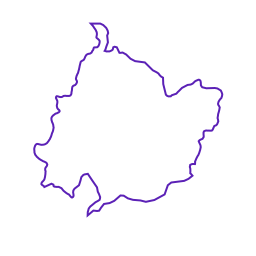 outline of Mbaïki, Lobaye, Central African Republic, rotated 104°
{"feature_id": "33826404B24481683700723", "entity_name": "Mbaïki", "entity_type": "district", "adm_level": 2, "iso_a3": "CAF", "parent_name": "Central African Republic", "parent_adm1": "Lobaye", "projection": "orthographic", "projection_center": [17.906, 4.007], "detail": "fine", "context": "isolated", "style": "outline", "palette": "violet", "viewbox_px": 256, "rotation_deg": 104, "n_neighbors": 0, "source": "geoboundaries", "source_scale": "gbopen_adm2", "svg_char_len": 5086}
<svg xmlns="http://www.w3.org/2000/svg" viewBox="0 0 256 256"><g transform="rotate(104 128 128)"><path d="M222.6,146.0L216.5,141.6L216.0,137.9L215.2,136.0L211.9,134.9L207.5,132.9L205.3,127.7L202.0,123.7L195.3,119.0L194.7,115.8L196.3,111.1L196.5,105.8L195.3,98.4L195.3,92.8L191.5,85.0L183.6,76.4L173.9,75.5L170.4,72.8L165.7,60.7L162.7,57.0L158.7,53.9L157.5,55.5L156.9,56.6L154.5,57.1L152.4,57.7L150.8,58.6L148.7,58.7L147.6,57.3L147.2,56.3L146.8,54.3L145.8,54.4L144.4,54.8L141.1,54.3L138.5,53.7L137.2,53.2L135.1,52.9L131.9,52.7L129.0,52.8L127.2,53.5L125.1,55.2L123.7,56.2L122.5,55.6L121.6,54.6L120.5,53.1L118.4,52.4L117.2,52.7L116.1,53.1L114.2,53.6L112.9,53.5L112.1,52.6L111.5,51.6L111.4,50.8L110.9,48.6L110.6,47.1L110.2,46.0L109.1,45.4L107.1,45.1L105.1,44.7L104.2,43.3L103.0,42.5L101.9,42.3L99.7,42.0L97.7,42.9L96.7,43.5L94.2,43.7L92.8,43.9L90.2,43.8L88.3,43.8L85.8,44.0L84.5,45.1L83.6,46.1L82.7,46.5L80.7,46.5L79.2,46.1L77.7,45.5L76.4,44.7L74.3,44.5L72.4,44.7L70.8,45.7L69.2,47.0L68.0,50.8L68.2,53.5L70.5,61.6L70.5,64.0L70.5,65.8L69.9,66.6L68.9,67.6L67.2,68.1L65.9,68.5L64.5,69.3L64.0,70.4L64.1,71.3L65.6,73.3L66.4,74.2L69.3,76.0L70.7,77.7L71.8,80.6L76.0,85.3L77.0,85.9L79.7,87.5L80.9,88.3L83.0,89.4L85.6,93.4L86.9,94.2L87.5,96.2L87.4,97.7L86.5,99.3L76.9,104.4L70.7,106.2L70.1,108.3L69.1,110.0L67.7,111.7L67.0,113.7L66.0,117.9L60.3,127.5L61.4,137.3L60.2,142.3L57.1,147.6L56.1,151.5L56.9,153.5L57.1,154.5L55.7,155.7L54.3,156.8L52.4,158.4L52.4,160.7L53.2,161.8L55.6,161.8L56.7,162.6L58.1,164.4L58.9,167.3L58.8,169.3L57.5,168.9L54.1,168.7L49.8,168.2L46.8,169.3L43.3,170.6L40.7,170.2L38.6,171.2L37.4,172.2L36.1,173.4L34.1,176.9L33.4,180.1L35.7,189.3L36.1,188.7L36.6,188.0L37.0,187.2L37.5,186.7L38.0,186.0L38.6,185.5L39.1,184.9L39.6,184.3L40.1,183.7L40.6,183.2L41.2,182.6L41.9,182.2L42.5,181.6L42.8,181.5L43.2,181.3L44.0,181.0L44.9,180.8L45.9,180.7L47.0,180.7L47.9,180.5L48.4,179.8L48.7,179.0L49.1,178.3L49.5,177.6L50.0,176.9L50.6,176.5L51.5,176.3L52.5,176.2L53.6,176.2L54.6,176.3L55.5,176.5L56.3,176.9L57.0,177.3L57.3,178.1L57.6,178.9L57.8,179.8L58.2,180.5L59.1,180.7L60.1,180.6L61.0,180.8L61.7,181.2L62.7,181.4L63.6,181.6L64.2,182.1L64.8,182.6L65.2,183.3L65.5,184.1L65.9,184.8L66.4,185.4L67.0,186.0L67.8,186.3L68.6,186.6L69.5,186.8L70.5,186.9L71.4,187.1L72.3,187.3L73.0,187.8L73.5,188.4L74.0,188.9L74.6,189.5L75.4,189.9L76.5,189.9L77.6,189.9L78.7,189.9L79.8,189.9L80.8,189.8L82.0,189.8L83.0,189.7L84.0,189.8L85.0,189.8L86.2,189.8L87.2,189.9L88.0,190.2L89.0,190.3L90.0,190.5L91.0,190.5L92.2,190.5L93.0,190.4L93.7,189.9L94.3,189.4L94.9,188.9L95.7,188.6L96.7,188.7L97.6,188.9L98.4,189.3L99.1,189.7L99.6,190.3L100.0,191.0L100.6,191.5L101.4,191.9L102.5,191.9L103.5,191.8L104.5,191.6L105.5,191.5L106.5,191.5L107.5,191.4L108.5,191.2L109.5,191.4L110.3,191.7L110.8,192.3L111.2,193.0L111.4,194.0L111.6,194.8L111.8,195.7L111.9,196.7L112.2,197.5L112.5,198.3L113.1,198.8L113.7,199.4L114.1,200.1L114.3,201.0L114.4,202.0L114.3,203.0L114.3,204.1L114.5,205.0L115.3,205.3L116.3,205.2L116.9,204.7L117.5,204.2L118.1,203.7L118.7,203.2L119.5,202.9L120.4,202.7L121.4,202.6L122.5,202.6L123.5,202.5L124.3,202.2L125.1,201.8L125.8,201.4L126.3,200.8L126.8,200.2L127.1,199.4L127.6,198.7L128.4,198.4L129.1,198.7L129.8,199.2L130.2,199.9L130.8,200.4L131.2,201.1L131.6,201.8L132.2,202.3L132.9,202.8L133.4,203.3L134.1,203.8L134.9,204.2L135.6,204.5L136.5,204.7L137.5,204.6L138.3,204.3L139.1,204.0L139.8,203.5L140.5,203.2L141.1,202.6L141.8,202.2L142.4,201.7L143.1,201.3L143.9,201.0L144.7,200.7L145.4,200.3L146.4,200.2L146.9,200.2L148.0,200.1L149.1,200.1L150.1,200.2L151.1,200.4L152.1,200.5L153.2,200.5L154.2,200.6L155.1,200.6L156.0,200.9L157.0,201.0L157.9,201.2L158.7,201.6L159.5,201.8L160.3,202.1L161.1,202.5L161.9,202.8L162.5,203.2L163.1,203.8L163.7,204.4L164.1,205.0L164.5,205.7L164.8,206.5L165.1,207.4L165.3,208.2L165.3,209.4L165.3,210.5L165.3,211.6L165.5,212.5L166.0,213.1L166.7,213.5L167.5,213.8L168.4,213.9L169.6,214.0L170.5,214.0L171.4,213.8L172.3,213.5L173.0,213.2L173.9,213.0L174.7,212.7L175.3,212.2L176.0,211.8L176.6,211.3L177.0,210.6L177.6,210.0L178.1,209.3L178.4,208.6L178.8,207.9L179.2,207.2L179.5,206.4L179.8,205.6L180.1,204.7L180.3,203.8L180.6,202.9L180.8,202.1L180.9,201.0L181.1,200.1L181.3,199.3L181.7,198.5L182.3,198.0L182.9,197.5L184.0,197.5L184.9,197.7L185.7,198.1L186.5,198.4L187.5,198.5L188.4,198.3L189.2,198.0L189.8,197.5L190.7,197.4L191.7,197.2L192.6,197.0L193.6,196.9L194.6,196.8L195.6,196.7L196.7,196.7L197.8,196.7L198.7,196.9L199.5,197.3L200.2,197.6L200.9,198.1L201.7,198.4L202.6,198.6L203.5,198.4L203.9,197.8L204.3,197.0L204.5,196.1L204.9,195.4L205.5,194.9L200.6,188.8L201.0,186.7L202.5,186.0L202.7,185.2L202.4,182.9L201.9,181.0L202.5,178.0L204.5,175.4L205.9,172.4L206.5,170.7L206.8,169.2L208.3,167.2L208.9,166.2L209.0,165.5L208.1,164.6L207.0,164.4L205.5,164.9L203.7,165.7L201.8,165.9L199.8,165.2L195.4,161.7L190.5,161.4L187.0,161.4L184.4,160.0L183.6,159.0L182.2,155.9L187.2,150.4L193.1,143.7L197.1,141.9L199.2,140.1L201.8,138.3L203.4,138.1L204.6,138.2L206.0,139.5L207.9,141.6L211.2,144.0L213.3,145.6L215.6,146.6L219.3,146.7L222.6,146.0Z" fill="none" stroke="#5b21b6" stroke-width="2"/></g></svg>